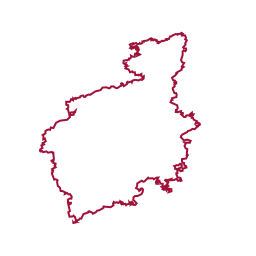 Naogaon, Rajshahi, Bangladesh, rotated 246°
{"feature_id": "16705992B34203284467157", "entity_name": "Naogaon", "entity_type": "district", "adm_level": 2, "iso_a3": "BGD", "parent_name": "Bangladesh", "parent_adm1": "Rajshahi", "projection": "equal_earth", "projection_center": [88.84, 24.873], "detail": "fine", "context": "isolated", "style": "outline", "palette": "rose", "viewbox_px": 256, "rotation_deg": 246, "n_neighbors": 0, "source": "geoboundaries", "source_scale": "gbopen_adm2", "svg_char_len": 5809}
<svg xmlns="http://www.w3.org/2000/svg" viewBox="0 0 256 256"><g transform="rotate(246 128 128)"><path d="M171.9,131.7L172.8,129.4L171.9,128.2L172.0,126.7L173.9,124.9L175.3,121.2L173.8,118.4L174.7,112.9L173.7,106.8L174.6,105.7L174.6,102.7L173.8,101.8L174.3,100.5L175.8,100.4L176.2,99.3L176.4,97.5L175.5,96.8L176.1,93.5L175.7,92.5L176.1,91.6L176.8,91.9L176.8,90.1L177.3,89.9L175.7,89.1L177.5,87.7L175.8,86.0L175.7,85.1L177.1,82.2L174.2,81.1L173.2,82.6L171.0,81.8L170.3,80.0L169.5,80.7L164.7,80.0L165.4,82.2L164.4,85.0L165.1,87.0L163.8,85.9L163.8,84.5L162.2,83.7L163.1,81.1L162.9,79.5L161.6,79.4L160.3,75.6L162.3,68.9L162.1,64.5L158.3,59.9L159.8,57.7L158.0,56.1L158.9,54.9L159.1,53.0L158.7,51.2L156.6,50.4L156.3,47.2L155.4,47.6L152.1,46.0L152.2,47.7L149.4,47.5L148.8,44.9L149.2,43.0L148.5,44.2L147.1,44.6L147.3,41.8L144.6,41.8L144.2,39.2L143.1,38.3L142.6,38.4L142.8,39.2L141.9,39.1L141.7,40.3L140.5,40.6L139.8,43.9L138.0,44.9L137.1,48.7L135.7,49.0L135.7,49.7L129.3,47.4L129.2,44.8L128.5,44.7L128.0,46.4L126.4,45.5L124.4,48.0L124.8,46.5L123.8,46.5L123.2,45.5L121.6,46.0L121.4,42.0L119.8,42.3L119.6,41.3L118.4,41.5L117.8,40.1L116.4,39.9L110.9,39.6L110.6,41.1L108.9,42.4L107.7,41.3L103.6,40.3L101.3,41.5L97.8,40.9L97.2,42.3L94.8,44.4L93.4,43.4L93.5,45.9L91.5,46.7L91.2,48.1L88.3,48.7L86.5,47.5L87.3,46.0L86.9,43.9L85.0,43.2L83.8,43.6L82.9,45.4L82.2,45.1L82.0,43.4L83.0,42.5L75.7,41.1L75.4,39.2L70.7,38.5L69.6,42.0L70.0,42.6L68.3,43.3L64.6,43.0L63.9,41.8L63.2,42.4L63.6,41.3L63.5,39.9L64.1,39.7L63.5,39.5L62.9,42.0L63.3,42.6L63.8,42.0L64.4,43.3L64.2,46.1L64.9,47.2L64.2,48.5L67.5,52.3L67.1,55.8L67.7,58.1L67.1,58.0L67.2,59.2L65.2,60.9L64.0,61.0L64.1,64.3L65.1,66.2L64.5,68.2L65.0,73.0L66.2,73.7L62.7,79.9L63.3,83.3L65.1,83.6L66.2,84.9L64.9,85.7L64.8,87.4L63.5,88.7L63.9,90.1L63.1,90.5L64.1,91.1L63.2,91.5L62.8,90.9L63.1,92.2L62.5,92.7L63.0,92.9L61.3,92.6L61.2,91.3L60.8,90.3L60.8,92.9L60.1,93.0L59.9,94.7L58.3,94.9L58.7,95.9L58.1,98.5L59.5,99.0L58.2,99.3L59.0,99.8L59.1,101.5L58.0,101.6L56.8,100.0L56.9,102.0L55.6,101.7L54.8,103.5L55.7,105.3L60.3,103.6L62.5,104.9L63.0,106.6L62.0,109.1L62.1,113.4L63.8,115.6L65.9,116.7L67.1,116.3L67.4,114.8L66.4,114.4L66.0,112.6L67.6,112.6L69.8,110.9L71.3,112.8L73.6,113.9L74.3,119.1L72.7,120.1L72.5,121.3L74.4,126.1L73.6,126.2L72.0,130.2L70.7,130.7L71.0,133.9L70.4,135.6L67.5,131.7L65.6,131.1L64.9,132.6L65.6,132.5L67.5,134.6L67.1,135.2L64.1,135.0L62.9,137.0L61.0,136.2L60.7,134.7L58.8,136.0L58.2,134.7L56.9,135.6L57.1,137.3L55.1,137.8L56.3,138.8L55.9,139.7L53.5,140.2L52.8,139.3L52.5,142.0L54.5,142.7L57.3,138.9L58.5,139.0L59.2,137.5L58.0,137.4L58.5,136.9L59.7,137.0L60.0,139.2L58.4,139.3L58.7,141.3L60.8,140.7L61.9,142.7L62.6,142.7L63.3,141.3L65.1,140.6L65.4,141.4L64.3,143.0L63.8,146.7L63.0,145.5L61.7,149.0L61.9,151.5L59.3,152.3L59.5,154.0L58.2,154.3L58.2,155.5L61.2,155.6L62.5,153.3L66.1,153.3L67.0,153.7L66.7,154.8L69.3,155.8L69.1,156.5L70.1,157.2L71.5,154.4L73.2,155.2L74.4,154.8L74.2,157.5L73.4,158.8L74.4,161.7L73.6,160.9L72.5,162.1L70.5,161.2L70.4,158.0L67.2,158.3L66.7,160.5L68.6,161.2L68.1,165.3L69.5,165.6L70.6,164.3L73.3,164.9L74.2,163.4L77.6,164.6L76.5,168.8L78.1,170.5L79.1,170.4L79.1,171.6L80.8,171.3L84.6,173.6L86.0,172.4L88.7,172.4L90.4,174.7L91.5,174.0L89.4,178.5L90.8,180.0L93.3,177.4L93.8,174.1L98.2,172.5L99.1,173.2L99.9,174.9L100.2,180.3L100.9,181.5L100.5,183.9L101.0,186.6L99.8,188.3L100.9,191.7L102.2,191.5L101.2,192.8L102.0,193.4L101.5,194.4L102.2,195.3L104.1,194.5L104.8,191.8L106.2,193.7L108.9,191.4L110.8,191.5L111.4,190.3L113.1,191.4L113.4,190.7L113.1,192.6L113.9,193.4L114.4,191.9L116.0,192.6L115.3,190.0L113.8,189.6L115.4,187.7L115.6,185.9L114.7,185.2L115.1,183.7L118.7,182.2L118.7,183.9L119.3,184.2L120.5,182.6L121.8,183.3L122.3,179.6L123.2,178.1L124.8,179.0L124.3,179.6L126.0,181.5L128.7,182.2L134.2,177.3L135.8,178.9L135.6,180.1L137.3,180.4L136.6,184.8L138.8,186.1L140.3,186.1L141.0,184.6L145.3,184.7L146.4,185.2L147.0,187.6L148.8,188.0L149.1,190.2L150.1,190.6L150.0,188.8L150.8,188.7L152.2,190.1L153.6,188.6L156.1,188.7L156.8,192.4L157.9,194.8L158.5,194.4L158.9,195.3L159.4,200.7L160.7,201.3L161.1,203.5L162.3,202.3L164.6,205.7L166.0,204.2L168.5,204.1L172.3,207.5L175.8,209.1L176.1,210.4L174.8,211.6L175.8,213.0L177.1,213.3L178.0,211.4L179.3,211.2L180.7,214.4L182.1,214.7L184.2,217.4L185.8,216.3L186.8,217.7L189.5,217.7L190.6,214.7L191.4,215.0L191.9,216.4L193.2,215.5L192.8,214.0L193.6,211.7L193.1,211.2L194.4,210.0L194.5,206.4L194.0,205.2L194.5,203.6L192.6,201.5L193.6,199.4L192.8,199.2L193.4,198.3L192.9,197.9L193.2,195.0L193.9,194.5L193.1,190.3L193.6,189.7L194.5,190.9L195.7,189.3L196.6,189.9L198.0,187.7L197.8,185.9L198.3,186.9L198.5,185.8L199.2,186.7L200.6,185.6L199.9,184.5L200.5,184.2L200.1,181.1L201.0,178.0L200.4,177.6L201.2,176.3L199.8,175.6L199.7,173.9L200.7,173.3L199.8,172.5L200.4,172.7L200.6,170.7L202.4,169.9L202.5,166.8L203.4,167.0L203.5,163.6L201.9,163.7L200.7,165.1L200.1,162.5L198.8,163.5L199.4,164.0L199.3,165.0L198.1,165.8L198.8,165.5L199.0,167.7L199.8,166.8L199.5,170.0L199.1,168.1L196.6,167.2L195.7,168.0L197.1,168.2L197.6,169.9L196.6,170.0L196.2,169.1L195.0,169.7L193.4,166.9L190.3,168.8L190.3,165.8L191.2,166.6L192.9,164.7L190.4,163.0L191.5,161.0L192.8,160.2L191.4,159.8L190.6,158.2L191.1,157.1L190.0,156.6L191.3,151.4L189.0,150.2L188.0,150.9L188.0,152.1L187.4,151.3L186.3,152.3L185.6,150.9L184.7,152.4L184.5,151.0L183.5,149.8L181.3,152.4L178.0,152.6L178.0,154.9L176.7,155.2L176.1,156.9L173.3,156.2L172.4,159.2L171.7,159.3L171.9,162.2L169.9,161.3L168.9,161.8L168.9,163.5L166.7,162.3L166.5,161.4L167.5,161.8L166.6,159.7L167.3,159.0L167.2,156.8L168.9,154.6L169.5,151.6L168.1,150.1L169.2,150.0L169.4,146.6L170.3,146.5L170.1,145.6L168.6,144.9L167.9,141.2L169.4,141.1L169.4,140.3L170.3,141.2L171.5,140.6L171.4,139.7L169.7,139.6L168.8,134.5L169.4,133.2L171.9,131.7Z" fill="none" stroke="#9f1239" stroke-width="2"/></g></svg>